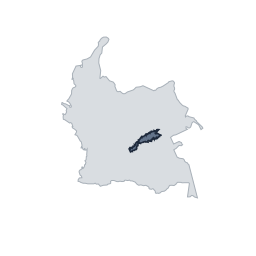 location of San José Del Guaviare, Guaviare, Colombia, rotated 335°
{"feature_id": "7082276B34884302801431", "entity_name": "San José Del Guaviare", "entity_type": "district", "adm_level": 2, "iso_a3": "COL", "parent_name": "Colombia", "parent_adm1": "Guaviare", "projection": "albers", "projection_center": [-71.872, 2.469], "detail": "fine", "context": "in_parent", "style": "filled", "palette": "slate", "viewbox_px": 256, "rotation_deg": 335, "n_neighbors": 0, "source": "geoboundaries", "source_scale": "gbopen_adm2", "svg_char_len": 8637}
<svg xmlns="http://www.w3.org/2000/svg" viewBox="0 0 256 256"><g transform="rotate(335 128 128)"><path d="M146.1,41.6L143.7,42.6L139.1,43.8L135.9,49.0L133.7,49.9L131.0,52.9L129.0,56.7L127.5,64.5L123.5,71.1L123.8,71.4L125.4,71.1L126.9,70.4L127.4,70.6L128.0,71.8L129.8,72.1L131.2,77.4L134.0,80.1L134.3,81.2L134.6,83.4L133.7,84.8L133.4,89.7L134.2,90.9L136.3,91.4L137.7,94.4L138.5,95.1L139.8,95.6L142.8,95.1L148.3,95.7L149.6,95.6L152.6,94.5L156.5,95.8L159.4,96.0L167.2,105.2L168.0,105.0L169.0,105.5L170.9,104.6L172.6,104.4L174.9,104.9L177.8,104.8L183.7,103.9L184.6,103.3L187.9,103.9L188.8,104.5L189.3,106.3L188.9,107.3L187.8,108.4L187.2,109.8L187.1,111.5L186.5,112.7L185.4,113.5L185.0,114.7L185.3,116.2L184.7,123.2L185.2,123.8L185.6,126.7L186.9,130.4L187.6,131.4L188.7,132.3L190.8,135.4L190.4,136.4L185.0,141.2L184.8,142.3L185.8,141.9L187.4,142.3L188.0,143.5L192.0,146.8L192.0,148.1L193.1,150.6L192.9,151.2L195.7,158.3L195.8,159.8L193.5,160.3L193.4,155.5L193.1,154.5L190.4,150.2L189.9,149.9L188.2,150.4L185.3,153.5L183.9,154.0L182.9,153.6L181.8,151.7L181.1,151.4L180.4,152.9L181.3,154.3L168.5,154.4L166.0,153.8L162.6,154.5L162.6,161.8L168.6,161.8L170.3,163.9L170.1,165.6L170.4,166.2L168.9,166.6L166.8,165.4L163.1,166.8L160.3,167.1L160.2,175.1L161.8,177.1L165.0,179.2L165.5,180.7L165.3,182.1L166.1,183.8L167.1,184.7L167.1,185.7L167.7,186.9L161.4,220.7L159.1,218.6L158.3,216.8L157.2,216.0L155.1,216.6L152.8,215.6L160.2,204.2L159.9,203.2L153.7,200.4L153.1,199.7L150.1,198.2L148.5,198.6L147.6,199.3L145.3,199.6L143.5,198.4L141.4,197.6L138.8,199.5L138.0,199.5L136.1,200.3L134.2,200.6L131.6,199.8L129.5,200.4L128.1,200.2L127.5,199.6L125.7,199.0L125.5,198.2L126.0,196.8L125.2,194.0L124.9,193.5L123.5,193.5L121.8,192.4L121.5,191.8L121.9,190.7L121.6,189.7L120.0,187.5L117.8,186.9L115.6,185.0L113.5,184.4L112.5,183.0L111.6,180.0L109.4,177.7L107.8,176.9L107.3,175.8L105.7,175.6L103.5,174.1L102.6,174.0L101.9,174.7L99.9,174.0L98.2,172.8L96.4,172.5L95.2,171.8L93.2,169.7L90.9,168.6L89.6,169.0L89.1,170.6L88.4,170.9L85.8,170.4L85.3,170.8L84.6,170.7L81.5,169.5L78.3,169.1L77.5,166.3L75.5,165.4L74.9,164.1L73.5,164.2L68.1,161.7L65.9,160.0L64.0,159.1L62.0,157.1L61.7,156.4L60.2,155.2L61.0,153.8L62.8,152.7L65.2,153.6L65.5,151.9L64.7,150.4L65.1,147.1L65.7,146.3L67.0,145.7L67.9,145.9L68.4,145.4L70.4,145.6L71.0,145.4L72.5,144.1L73.1,143.0L73.8,143.1L75.4,141.3L75.1,139.5L76.6,139.1L78.2,136.2L78.9,136.1L79.3,134.7L82.1,129.8L81.1,130.4L80.0,130.0L80.2,128.4L79.8,128.2L78.9,129.4L78.2,128.1L78.4,126.0L77.1,126.4L77.2,125.9L79.0,124.4L79.8,120.8L79.2,119.5L78.8,114.0L78.5,113.0L77.1,111.7L79.4,110.1L80.2,109.0L79.2,106.6L77.8,104.5L77.8,103.3L78.6,103.4L79.0,100.1L78.2,98.8L77.2,98.8L74.2,93.8L73.1,92.8L73.9,90.4L74.8,89.4L74.7,87.6L75.3,87.7L76.6,89.3L77.1,89.1L79.2,87.5L79.3,86.1L80.9,84.6L78.6,79.5L77.8,78.7L78.8,77.1L79.3,77.2L80.2,78.8L81.7,79.8L83.8,82.6L84.8,83.3L84.1,83.9L84.0,84.6L84.3,84.9L85.5,85.0L86.0,84.2L85.7,80.8L85.2,79.1L84.0,77.9L84.4,77.4L86.6,76.6L91.2,73.3L92.8,70.2L94.0,69.1L95.3,68.4L97.0,68.6L98.3,68.2L98.7,67.2L97.8,65.1L98.8,62.2L98.8,60.7L99.4,59.9L99.2,59.5L97.5,60.5L99.3,58.5L100.5,55.4L107.1,49.9L111.4,51.2L112.8,51.1L111.0,51.8L110.8,52.6L111.4,53.4L112.0,53.7L112.6,53.2L114.1,49.9L114.3,48.2L114.9,47.6L115.8,47.3L120.1,48.1L124.1,47.8L130.6,43.3L135.6,41.3L136.8,39.4L137.1,38.0L138.0,37.5L138.9,37.5L139.5,36.7L141.8,35.5L144.2,35.3L146.8,36.4L148.0,38.3L148.2,39.6L146.1,41.6ZM70.4,145.0L70.1,145.3L69.6,144.8L69.4,144.3L69.7,143.9L70.2,144.0L70.4,145.0Z" fill="#d9dde1" stroke="#a8b0b8" stroke-width="1"/><path d="M148.9,141.4L148.5,141.5L148.2,141.2L148.2,141.4L148.0,141.5L147.7,141.2L147.6,141.3L147.4,141.4L147.3,141.6L147.0,141.6L146.9,141.4L146.6,141.6L146.4,141.5L146.3,141.0L146.1,141.0L146.1,141.3L145.9,141.7L145.8,141.4L145.6,141.3L145.5,141.5L145.4,141.9L144.6,141.2L144.5,141.3L144.6,141.7L144.5,141.8L144.4,141.7L143.9,141.5L143.7,141.7L143.2,141.5L143.4,141.8L142.9,141.8L142.7,141.9L142.7,142.1L142.2,142.1L142.4,141.7L142.2,141.6L142.1,141.8L141.6,141.7L141.5,141.4L141.3,141.3L141.2,141.4L141.3,141.8L141.1,142.2L141.0,141.6L140.6,141.5L140.3,141.6L140.6,141.6L140.5,141.9L140.2,141.9L139.6,142.0L139.1,142.0L138.8,142.3L138.7,142.1L138.0,142.2L137.7,142.1L137.5,141.9L137.3,141.5L137.2,141.4L137.0,141.6L136.5,141.5L136.4,141.6L136.3,141.9L136.3,142.2L136.5,142.4L136.5,142.7L136.2,142.6L135.8,142.1L135.7,142.1L135.6,142.5L135.3,142.6L135.1,142.4L134.9,142.4L134.6,142.6L134.3,143.0L134.1,143.2L133.8,143.0L133.4,143.1L133.4,143.4L133.3,143.6L132.9,143.6L132.6,143.4L132.6,143.7L132.3,143.7L132.2,143.8L132.3,143.9L132.4,144.0L132.1,144.1L132.1,144.7L132.1,144.8L131.9,144.7L131.9,144.4L131.7,144.3L131.4,144.6L131.4,144.8L131.2,144.9L131.2,144.5L131.0,144.3L130.8,144.4L130.6,144.8L130.4,144.9L130.1,144.9L129.8,144.7L129.7,144.4L128.9,144.8L128.6,145.0L128.3,145.0L128.3,145.3L128.0,145.4L127.9,145.6L128.0,145.8L128.1,145.7L128.3,146.0L128.2,146.1L127.9,145.9L127.8,146.1L127.8,146.3L127.6,146.2L127.1,146.7L126.9,146.4L126.9,146.5L126.7,146.5L126.2,147.0L126.1,146.7L125.9,146.8L126.1,147.0L125.6,147.2L125.6,146.8L125.4,146.8L125.2,147.0L125.1,146.8L125.0,146.7L124.9,146.9L124.5,147.0L124.8,147.1L124.7,147.4L124.1,147.5L123.9,147.3L123.8,147.2L123.7,147.3L123.8,147.4L123.7,147.6L123.4,147.5L123.6,147.3L123.5,147.2L123.3,147.2L123.2,147.6L123.1,147.4L122.9,147.3L122.7,147.4L122.7,147.6L122.6,147.3L122.5,147.0L122.4,147.0L122.5,147.4L122.4,147.5L122.3,147.3L122.2,147.2L121.8,147.3L121.8,147.5L121.7,147.6L121.7,147.3L121.6,146.9L121.1,147.3L120.9,147.3L120.9,146.9L120.6,147.1L120.4,147.2L120.6,147.5L120.4,147.6L120.4,148.0L120.1,148.0L120.1,150.6L120.3,150.5L120.7,150.6L121.1,150.5L121.2,150.8L121.6,150.8L121.6,151.0L121.8,151.1L121.8,150.9L122.3,150.7L122.5,150.5L122.8,150.5L123.9,150.6L124.0,150.7L124.0,150.9L124.2,151.0L124.9,150.7L125.1,150.8L125.4,150.7L125.5,150.5L125.6,150.4L125.8,150.5L125.7,150.8L126.0,150.8L126.2,151.0L126.9,150.7L127.3,150.3L127.2,150.0L127.6,149.5L127.5,149.3L127.8,149.0L128.0,148.5L128.6,148.4L128.8,148.1L129.2,148.2L129.4,148.3L129.5,148.3L129.7,148.0L129.7,147.8L129.9,147.6L130.0,146.9L130.2,146.5L130.3,146.5L130.5,146.5L131.6,146.5L132.2,146.7L132.3,146.8L132.3,146.6L132.5,146.7L132.8,146.9L133.2,146.9L133.3,147.1L136.3,147.2L136.3,147.4L136.6,147.3L136.8,147.5L137.5,147.4L137.5,147.6L137.8,147.8L138.0,148.1L138.3,147.9L138.4,148.1L138.7,148.2L138.8,148.3L138.9,148.5L139.3,148.9L139.7,149.0L139.9,148.9L140.1,149.1L140.1,148.9L140.0,148.7L140.4,148.7L140.5,148.6L140.3,148.2L140.5,148.4L140.9,148.2L140.8,147.9L141.0,147.8L141.1,148.2L141.5,148.4L141.7,148.7L142.0,148.6L142.4,148.6L142.4,149.0L142.6,149.0L142.8,149.3L143.0,149.1L142.9,149.4L143.0,149.5L142.9,149.6L143.1,149.7L143.3,149.7L143.3,149.8L143.6,150.0L143.7,149.8L143.5,149.6L143.8,149.6L143.8,149.2L143.7,149.1L143.7,148.8L143.8,148.7L143.9,148.8L144.7,148.9L145.0,148.7L145.1,148.8L145.2,148.7L145.4,148.4L145.3,148.2L145.6,148.2L145.8,148.1L145.9,148.3L146.0,148.0L146.2,147.8L146.1,147.7L146.2,147.8L146.3,147.7L146.6,147.7L147.0,147.4L147.2,147.7L147.1,147.8L146.8,148.2L147.2,148.6L146.9,148.8L147.2,149.0L147.2,149.3L147.4,149.0L147.2,148.9L147.3,148.9L147.8,149.2L147.7,149.3L147.6,149.2L147.6,149.3L147.9,149.3L148.0,149.1L147.8,148.9L147.9,148.7L148.0,148.7L148.2,148.9L148.5,148.9L148.8,149.0L148.8,148.9L148.9,149.5L149.0,149.4L149.0,149.2L149.4,149.3L149.5,149.4L149.6,149.2L149.4,149.1L149.3,148.9L149.6,148.6L149.6,148.9L149.9,148.9L150.4,148.9L150.5,149.2L150.8,149.1L150.8,149.3L150.9,149.2L151.0,149.4L151.0,149.5L151.2,149.4L151.5,149.3L151.4,149.0L151.7,148.9L151.6,149.1L151.9,149.2L152.1,149.0L152.4,149.0L152.6,149.0L152.9,148.9L152.8,148.7L152.9,148.8L153.0,148.9L153.1,148.7L153.3,148.5L153.4,148.4L153.7,148.6L154.2,148.5L154.2,148.3L154.4,148.2L154.5,148.5L154.8,148.6L154.9,148.3L154.8,148.1L154.5,148.0L154.4,148.0L153.9,147.8L153.8,147.4L153.3,146.6L153.3,146.4L153.1,146.2L152.7,145.9L152.6,145.6L152.5,145.3L152.3,145.3L152.1,145.5L151.7,145.3L151.6,145.1L151.4,144.9L151.0,145.1L150.8,145.0L150.7,145.0L150.5,144.9L150.4,144.5L155.3,142.5L154.3,141.9L154.2,141.9L154.1,142.4L153.8,142.2L153.8,141.8L153.5,141.7L153.5,141.8L153.8,142.1L153.8,142.3L153.6,142.6L153.3,142.6L153.2,142.8L153.0,143.0L152.9,142.9L152.9,142.6L152.8,142.4L152.5,142.7L151.9,142.8L151.8,142.7L152.0,142.5L152.0,142.4L151.9,142.2L151.7,142.2L151.5,142.3L151.2,142.6L151.4,142.1L151.1,141.8L151.2,142.4L150.9,142.2L150.7,141.8L150.5,141.7L150.4,141.9L150.6,142.2L150.5,142.5L150.3,142.5L150.2,142.3L150.3,142.1L150.3,141.9L149.9,142.0L149.6,141.7L149.4,141.8L149.1,141.8L149.0,141.5L148.9,141.4Z" fill="#64748b" stroke="#1e293b" stroke-width="1.5"/></g></svg>